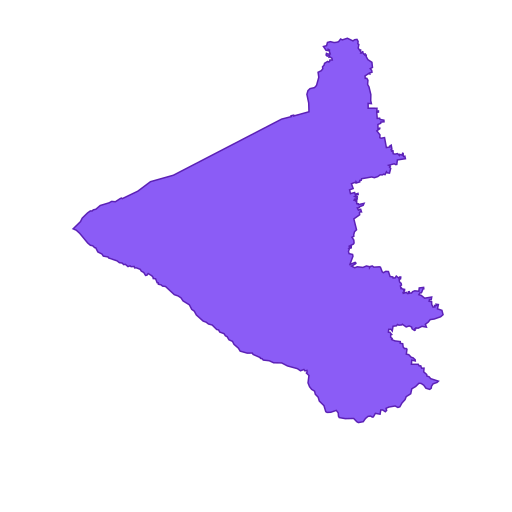 the district of Sleman, Yogyakarta, Indonesia, rotated 255°
{"feature_id": "22746128B68764842139539", "entity_name": "Sleman", "entity_type": "district", "adm_level": 2, "iso_a3": "IDN", "parent_name": "Indonesia", "parent_adm1": "Yogyakarta", "projection": "orthographic", "projection_center": [110.397, -7.69], "detail": "fine", "context": "isolated", "style": "filled", "palette": "violet", "viewbox_px": 512, "rotation_deg": 255, "n_neighbors": 0, "source": "geoboundaries", "source_scale": "gbopen_adm2", "svg_char_len": 6114}
<svg xmlns="http://www.w3.org/2000/svg" viewBox="0 0 512 512"><g transform="rotate(255 256 256)"><path d="M413.1,418.1L416.7,414.9L420.2,414.0L421.5,414.5L421.9,413.2L422.9,413.7L423.2,412.3L425.1,411.8L426.1,412.3L424.7,410.5L424.9,409.8L425.4,410.3L427.6,409.5L427.8,411.0L428.3,409.3L430.4,408.5L433.7,410.1L434.7,409.3L436.9,410.2L439.1,409.6L439.4,407.3L438.7,405.3L442.7,400.6L442.4,395.3L443.7,393.9L441.6,391.2L441.6,388.9L442.0,386.6L443.8,383.3L443.8,380.3L440.9,378.6L440.9,375.4L436.5,376.9L435.8,378.7L437.0,379.2L435.9,380.3L434.9,379.8L432.1,380.0L432.4,377.8L433.5,376.5L432.0,375.7L430.6,376.5L430.6,378.8L429.1,378.0L429.0,379.2L427.4,380.5L425.6,380.4L426.2,378.1L425.0,377.6L424.5,376.6L425.4,375.6L424.4,372.1L422.7,371.1L421.5,369.2L419.6,369.0L418.1,367.0L417.4,363.5L412.4,362.9L405.1,358.6L403.5,356.1L403.7,351.5L402.3,349.0L399.0,347.0L390.1,346.5L381.6,344.5L381.5,328.7L382.3,328.8L382.4,326.2L381.5,326.2L381.6,316.2L355.4,197.1L355.1,173.3L349.2,158.6L346.0,141.7L346.8,141.0L346.6,139.7L344.8,134.2L346.1,130.7L345.4,128.0L345.1,118.6L342.6,113.4L342.7,110.8L341.9,109.3L342.4,107.6L341.2,104.4L337.6,98.0L334.6,95.3L329.6,86.4L327.4,89.1L323.5,91.6L312.1,96.8L309.2,98.8L308.2,100.9L305.8,102.3L305.4,103.3L300.8,104.3L297.8,107.7L295.4,108.5L293.4,112.8L292.2,113.2L287.2,120.6L284.9,122.3L283.9,124.8L281.9,126.0L281.8,127.6L278.9,129.6L279.1,131.8L278.0,132.6L277.4,135.6L275.9,135.7L275.6,137.3L273.1,140.7L271.1,141.3L269.1,143.3L265.8,144.3L265.7,145.7L267.0,147.3L263.8,150.3L261.9,151.1L260.8,150.9L260.0,153.1L255.8,153.6L255.4,154.6L254.0,154.4L252.7,156.9L251.1,157.9L250.0,160.7L239.8,167.1L237.6,170.4L235.0,172.7L231.5,173.9L226.1,179.0L221.1,180.1L218.7,182.1L214.5,183.1L206.8,188.1L205.0,190.7L202.6,192.5L200.7,195.8L195.2,199.0L194.3,200.7L191.9,201.3L189.3,205.0L186.8,205.8L185.6,207.2L182.1,208.2L179.6,211.2L176.3,211.9L171.6,215.1L168.2,216.1L164.5,222.3L163.2,227.3L161.7,227.7L156.7,233.9L155.9,233.8L155.2,235.3L153.6,236.1L151.4,241.7L148.3,245.4L146.1,253.1L141.7,257.9L136.5,266.8L133.6,269.3L134.0,272.9L132.4,273.5L132.3,275.6L130.5,275.3L129.9,274.4L126.9,276.2L120.0,273.4L115.8,273.9L112.8,275.2L110.3,277.6L107.1,277.5L103.5,279.5L99.5,279.6L93.9,282.9L87.6,283.1L86.5,284.2L85.7,287.8L86.1,293.6L83.2,294.8L79.9,294.2L78.4,294.6L75.8,300.1L73.8,308.3L69.8,310.5L68.6,311.8L68.2,316.7L70.7,319.7L72.1,322.7L71.7,325.3L70.3,326.6L70.2,327.7L73.1,330.6L71.1,334.9L75.0,336.7L74.5,338.5L72.1,340.6L73.0,342.2L75.2,342.2L75.7,345.4L75.1,351.6L73.0,353.8L73.1,355.9L76.2,358.9L78.7,362.8L81.3,364.7L82.9,369.8L87.4,372.1L88.6,376.4L90.9,380.4L90.2,382.5L87.8,384.6L84.3,385.9L82.2,389.3L83.0,391.1L84.8,391.8L86.7,394.0L87.0,398.2L87.9,399.8L92.3,393.0L94.6,391.9L95.8,390.0L97.4,390.2L100.7,388.0L104.2,389.3L104.8,386.9L107.3,386.7L107.6,385.2L109.4,384.7L111.2,378.1L115.1,379.5L113.4,382.7L114.6,382.9L117.1,381.3L117.9,379.8L121.2,378.0L122.3,375.8L126.9,377.7L127.8,377.1L128.1,375.6L129.9,374.6L133.3,375.0L134.4,372.7L136.0,373.2L138.0,368.3L140.2,365.4L141.1,366.2L142.6,365.0L145.2,365.8L145.1,366.7L147.6,365.6L148.1,364.2L148.9,364.4L150.8,365.2L150.3,367.4L148.3,368.2L152.7,370.2L152.2,373.6L153.2,375.0L152.2,376.1L151.7,378.9L152.2,379.7L148.6,382.7L148.8,385.9L147.1,387.9L145.3,387.9L143.1,389.8L143.2,390.5L144.5,390.6L144.4,391.6L145.2,391.9L144.3,393.9L145.1,398.1L143.2,402.2L146.2,401.9L147.6,405.3L149.5,407.8L149.0,411.8L149.5,418.6L150.9,421.5L155.4,421.5L158.0,417.6L161.9,419.6L162.8,417.5L161.5,417.5L162.0,415.7L160.6,415.7L160.8,413.8L163.6,413.2L166.4,413.8L167.5,411.5L169.1,412.3L168.5,414.0L170.9,415.1L171.6,408.0L175.2,405.4L176.5,403.3L177.9,404.7L177.7,406.3L181.0,408.9L180.9,409.6L182.3,409.8L182.9,405.4L179.8,404.2L181.3,400.3L181.0,398.0L180.0,396.7L180.4,394.7L181.9,394.8L182.0,394.0L180.3,393.9L180.4,392.8L182.0,391.7L181.8,388.6L182.7,388.6L182.9,389.9L184.4,389.9L184.4,390.6L185.3,390.9L186.4,388.6L187.4,388.3L187.2,387.6L189.8,387.7L190.3,389.0L192.1,389.1L193.3,388.1L194.9,388.0L196.3,388.3L196.5,389.7L198.2,390.4L198.6,389.6L197.8,388.1L200.3,386.3L198.8,384.7L199.3,382.7L200.4,382.7L201.5,380.2L206.7,379.9L207.6,377.4L206.9,374.7L208.1,373.8L213.0,373.3L213.6,372.5L214.7,367.0L216.3,365.7L216.3,363.7L215.4,362.7L216.3,362.9L217.8,360.1L217.3,356.3L219.4,351.0L219.1,348.3L221.5,345.7L222.7,350.1L223.2,350.7L224.2,350.1L223.6,344.9L222.8,344.0L230.7,349.6L232.5,349.7L234.2,346.5L236.5,346.5L238.7,348.0L239.2,347.7L239.2,350.1L240.5,350.5L240.7,348.5L241.4,348.5L242.3,353.2L243.2,354.1L246.1,354.6L249.3,353.5L249.7,355.6L251.3,355.9L254.0,357.5L255.3,359.9L266.5,360.1L269.0,366.8L271.0,367.1L271.7,368.1L271.3,369.3L274.0,369.2L273.8,366.8L276.2,366.3L276.0,368.3L276.7,368.5L277.2,372.6L278.9,374.0L279.1,368.2L280.0,368.3L280.5,366.8L283.7,367.7L283.5,366.5L284.0,366.6L284.5,365.2L285.4,365.9L285.0,368.6L286.6,368.7L287.0,369.8L287.1,367.6L287.9,366.8L288.0,368.0L288.9,367.9L288.9,370.6L290.1,370.7L290.0,367.8L291.8,367.7L291.8,363.4L295.7,363.5L296.0,367.3L301.1,366.9L301.5,370.2L300.8,371.2L301.8,371.8L300.6,372.1L300.7,375.4L302.1,375.8L301.9,377.2L303.3,378.0L302.4,388.2L301.0,390.6L301.2,394.1L302.3,397.0L301.6,399.0L302.0,400.5L301.2,401.7L303.6,403.8L302.4,404.2L301.5,406.4L305.8,408.8L307.1,408.0L307.9,408.9L309.3,407.6L309.3,413.4L308.1,414.6L308.0,415.7L312.2,417.4L311.3,425.5L313.9,425.6L313.8,424.4L314.5,424.1L317.0,424.7L317.3,424.2L315.7,423.2L317.0,421.0L316.1,420.5L318.3,419.2L318.4,416.7L319.3,415.0L321.9,415.5L322.1,414.6L322.6,415.2L323.7,414.0L324.6,415.0L328.1,415.3L327.5,413.5L326.6,413.4L327.0,410.0L337.1,410.8L337.4,407.3L338.3,406.2L340.9,407.1L345.6,405.1L346.9,408.5L347.5,408.6L347.5,406.8L351.5,407.8L351.9,410.8L353.0,411.2L352.5,414.4L354.1,414.7L355.8,411.2L357.1,411.1L357.5,408.7L363.6,409.8L363.3,411.5L364.4,411.8L364.7,410.2L367.4,411.1L369.7,402.6L374.4,403.8L373.3,406.9L376.3,407.0L382.2,408.7L390.1,408.9L392.8,408.2L396.8,409.6L399.0,409.0L399.3,407.5L401.7,407.9L403.0,411.7L402.4,413.0L403.4,412.9L403.5,415.6L405.4,415.8L407.4,414.8L408.0,417.3L413.1,418.1Z" fill="#8b5cf6" stroke="#5b21b6" stroke-width="1.5"/></g></svg>